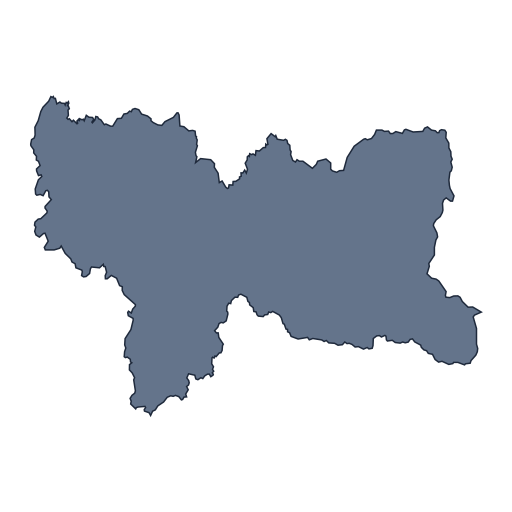 Manizales, Caldas, Colombia (Equal Earth projection)
{"feature_id": "7082276B74376648695935", "entity_name": "Manizales", "entity_type": "district", "adm_level": 2, "iso_a3": "COL", "parent_name": "Colombia", "parent_adm1": "Caldas", "projection": "equal_earth", "projection_center": [-75.513, 5.074], "detail": "fine", "context": "isolated", "style": "filled", "palette": "slate", "viewbox_px": 512, "rotation_deg": 0, "n_neighbors": 0, "source": "geoboundaries", "source_scale": "gbopen_adm2", "svg_char_len": 6018}
<svg xmlns="http://www.w3.org/2000/svg" viewBox="0 0 512 512"><path d="M454.0,195.9L450.1,188.6L449.4,185.3L448.9,180.1L449.9,172.2L451.3,170.8L452.2,167.2L450.8,162.0L452.2,159.2L451.0,156.2L450.8,151.7L448.9,148.0L448.8,143.1L445.8,137.9L446.2,132.3L444.8,130.2L441.4,129.7L439.6,130.7L438.9,132.6L437.2,132.7L435.4,130.8L431.5,130.1L427.5,126.9L424.6,128.2L422.8,131.4L413.2,132.0L405.9,129.3L404.4,129.9L402.4,133.4L395.8,131.6L392.9,133.5L390.3,133.6L388.5,131.1L384.4,131.4L382.0,130.1L376.4,130.1L374.6,134.5L371.5,138.5L367.3,139.8L365.3,138.7L363.7,139.2L354.2,146.2L347.2,157.4L343.6,170.4L339.5,170.7L336.7,172.3L332.4,170.9L330.7,169.2L330.7,163.0L326.0,159.0L317.7,161.2L316.3,164.4L312.4,168.3L302.9,161.2L299.3,161.2L297.0,159.7L295.5,162.0L292.8,160.5L290.6,154.7L291.1,151.6L290.1,149.9L289.8,145.3L287.7,143.5L287.0,140.4L285.4,139.3L283.6,140.3L277.2,139.2L275.8,135.6L275.2,136.7L271.1,133.6L266.9,138.7L267.9,144.4L266.8,144.9L265.8,144.1L265.5,147.5L263.3,147.6L259.4,151.0L256.0,150.6L255.4,155.3L253.0,153.9L251.6,154.6L249.7,153.7L249.4,156.4L248.5,155.7L247.3,156.8L247.2,159.9L245.2,163.2L247.5,169.2L246.3,173.1L244.7,170.1L242.9,172.9L241.0,172.9L241.2,176.2L239.5,177.0L239.6,178.8L235.9,181.3L233.1,181.5L232.8,185.1L229.1,184.8L228.5,188.0L227.4,188.5L225.7,187.1L222.1,181.0L219.3,182.6L218.1,173.2L214.3,167.3L214.5,163.7L210.7,159.7L200.6,158.6L195.6,162.6L196.9,156.7L196.0,155.7L195.4,152.3L197.4,145.7L196.6,144.4L197.2,139.9L196.3,138.1L196.5,136.6L195.6,136.0L195.1,131.2L192.6,130.4L188.8,130.9L183.9,126.7L179.9,126.0L179.1,115.0L178.0,112.8L176.9,112.9L173.4,117.4L165.0,121.6L161.8,125.4L157.8,124.9L153.1,122.5L151.0,120.7L151.0,118.8L147.5,116.0L141.6,114.1L138.8,109.7L135.0,108.5L132.4,109.4L131.3,111.7L129.6,111.1L127.3,113.4L123.9,114.0L121.4,118.3L117.4,118.6L112.7,126.2L110.7,126.2L105.9,124.0L104.3,124.7L100.8,119.8L98.7,118.8L97.6,116.9L95.8,116.5L94.9,120.0L92.4,122.8L91.9,122.1L93.7,119.5L92.6,117.5L88.9,117.2L86.3,115.3L84.2,120.8L83.3,119.2L82.1,119.8L79.6,118.7L79.4,121.3L78.7,119.2L76.9,121.1L77.7,123.2L77.0,123.8L73.4,120.2L72.0,121.7L69.3,118.7L68.1,119.4L66.8,118.1L68.4,115.4L68.0,110.1L69.3,108.7L68.3,105.9L67.5,105.7L68.8,103.3L68.4,101.7L67.3,103.0L66.2,102.4L65.2,105.0L64.5,103.4L61.4,103.2L59.9,102.0L56.8,103.9L55.4,98.4L54.2,98.6L53.3,96.5L52.3,97.4L50.9,96.6L48.7,101.2L43.0,107.2L40.8,111.5L38.2,120.7L34.9,127.2L35.1,135.1L34.2,138.0L31.6,139.6L30.7,144.1L30.9,145.7L33.8,149.8L33.7,152.9L36.5,156.3L36.3,160.0L38.5,161.3L40.1,165.6L36.5,169.0L36.6,170.9L38.5,175.6L41.1,174.8L41.8,176.5L38.4,179.8L35.2,189.0L35.6,194.0L36.8,195.2L40.2,194.4L43.1,195.7L45.8,190.7L47.4,190.3L48.7,191.8L49.0,196.9L51.3,199.6L45.1,206.4L45.0,208.0L47.2,211.1L46.9,212.9L40.8,218.7L38.2,219.1L35.0,222.1L34.5,225.2L35.8,227.0L34.7,231.4L36.0,235.0L39.4,237.1L43.5,233.5L45.0,233.2L48.2,241.2L44.3,247.4L45.3,249.9L54.2,249.9L59.8,248.2L61.2,246.0L65.2,253.4L70.8,258.9L72.0,262.0L75.1,263.7L75.9,267.8L81.8,270.1L82.3,271.7L81.6,275.6L83.6,276.9L86.1,276.5L89.6,273.5L90.4,268.8L91.5,267.0L99.5,267.8L103.3,264.3L103.8,266.5L105.2,266.6L106.6,272.3L105.2,275.7L105.4,278.8L107.2,278.8L111.3,275.4L116.6,278.2L119.6,285.6L122.3,286.7L122.2,290.4L124.2,294.6L135.4,304.6L135.3,306.2L132.7,309.1L131.3,313.0L128.5,311.2L127.7,312.5L128.3,315.7L133.1,318.4L133.2,320.1L130.9,329.6L125.1,338.6L124.7,344.9L125.8,348.0L124.6,351.7L124.2,356.7L125.4,357.6L127.3,357.1L130.3,359.3L130.5,361.9L131.8,362.8L129.5,364.6L129.4,369.9L132.2,372.9L134.6,377.7L133.7,379.8L135.4,390.9L134.7,393.2L132.0,395.3L130.1,398.4L131.2,401.2L130.7,404.0L135.7,408.9L136.3,407.6L138.2,407.0L145.0,406.4L145.6,407.6L144.2,409.7L144.5,411.1L149.1,412.7L150.6,415.5L152.6,411.2L155.3,409.9L157.8,405.9L163.6,402.0L167.2,397.3L170.7,395.8L173.2,396.3L175.5,395.4L178.8,396.6L181.4,399.9L182.6,399.5L184.0,397.1L186.6,396.9L185.7,394.0L188.2,389.8L186.6,386.5L188.5,385.0L189.2,382.8L188.7,380.6L186.8,377.9L188.6,373.8L194.8,375.2L195.8,378.9L197.9,379.7L200.9,377.7L202.8,378.6L204.7,375.9L207.4,374.2L209.3,374.1L210.8,376.7L213.0,375.2L213.3,374.3L212.3,372.8L213.7,371.2L212.5,369.3L213.5,366.8L211.7,363.8L212.0,357.9L212.7,357.2L214.1,358.0L215.0,356.0L216.1,356.6L219.3,352.9L220.9,352.8L222.1,350.5L222.5,345.6L223.3,344.2L218.8,337.4L218.2,332.9L216.4,332.9L214.6,330.7L217.8,327.2L219.0,323.6L221.1,322.4L223.2,322.9L226.2,320.9L227.9,314.0L227.7,312.1L226.7,311.1L227.0,306.2L228.7,303.2L230.7,303.6L231.4,300.6L234.9,297.2L237.7,297.3L238.6,295.0L240.9,294.2L246.8,297.3L247.9,301.4L249.4,302.5L249.7,304.9L253.2,307.6L253.8,311.5L256.1,311.9L257.0,314.7L258.3,316.1L263.2,316.6L264.6,314.9L267.7,314.5L268.7,312.0L270.8,312.6L272.7,311.4L279.3,315.0L281.3,317.7L283.0,323.6L284.3,324.2L286.0,329.1L287.5,329.4L287.6,331.8L289.6,332.7L291.1,336.4L298.1,339.0L307.6,337.4L309.3,339.8L312.8,338.5L321.7,339.9L324.1,341.5L326.3,340.5L328.8,342.9L334.6,343.3L338.0,345.2L342.4,344.7L344.8,342.0L347.0,343.6L349.2,343.3L352.0,344.4L355.1,347.0L358.4,346.6L363.5,349.1L367.2,347.5L368.9,348.9L372.2,348.3L373.0,345.6L373.3,338.5L376.7,335.9L379.4,335.6L381.4,337.0L384.9,335.4L386.0,336.2L386.4,339.8L387.4,341.0L392.3,340.3L395.2,342.5L400.2,343.1L402.7,342.0L405.2,342.8L408.2,342.1L410.1,339.4L412.5,338.9L414.7,341.9L420.7,345.1L421.3,347.3L423.9,349.9L426.6,350.7L428.3,353.4L432.5,354.3L435.1,359.5L438.6,362.1L442.0,361.3L448.8,364.4L452.8,363.6L453.6,362.4L457.9,362.4L464.6,364.9L465.4,363.8L470.2,363.2L471.0,360.6L475.8,355.2L477.3,351.8L477.7,348.5L476.5,344.2L476.5,328.5L473.2,317.0L474.5,315.1L481.3,312.1L472.7,307.0L468.1,307.2L462.3,301.5L460.1,297.3L457.9,295.9L453.7,296.0L449.8,297.6L445.9,297.2L445.4,295.4L446.1,291.6L438.8,281.0L436.1,279.1L431.6,278.2L427.0,273.8L429.3,266.3L428.8,263.5L434.4,255.0L434.4,247.3L435.9,240.0L437.6,236.9L436.9,232.9L433.4,225.8L433.7,223.6L436.2,219.8L440.2,216.6L442.3,212.6L442.9,210.1L442.5,203.4L443.6,200.0L446.2,197.9L450.5,201.1L452.5,201.1L454.0,195.9Z" fill="#64748b" stroke="#1e293b" stroke-width="1.5"/></svg>